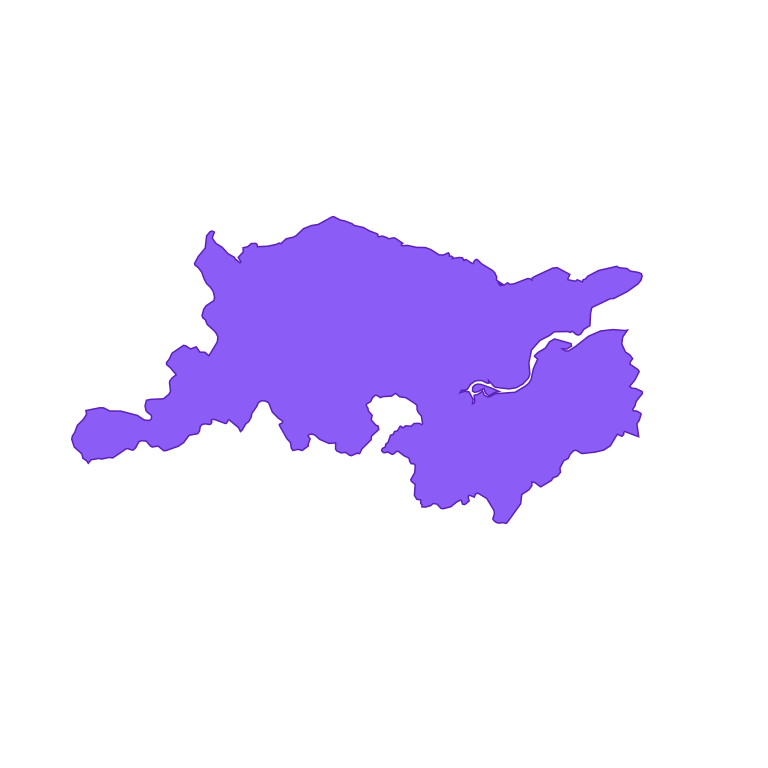 the Province of Jiangsu, rotated 309°
{"feature_id": "CHN-1818", "entity_name": "Jiangsu", "entity_type": "Province", "adm_level": 1, "iso_a3": "CHN", "parent_name": "China", "parent_adm1": "", "projection": "mercator", "projection_center": [119.061, 32.938], "detail": "fine", "context": "isolated", "style": "filled", "palette": "violet", "viewbox_px": 768, "rotation_deg": 309, "n_neighbors": 0, "source": "natural_earth", "source_scale": "10m", "svg_char_len": 6172}
<svg xmlns="http://www.w3.org/2000/svg" viewBox="0 0 768 768"><g transform="rotate(309 384 384)"><path d="M395.3,156.6L389.3,158.6L387.5,164.9L388.4,172.3L387.1,180.5L388.3,188.3L387.1,190.3L387.7,191.0L387.4,195.5L388.4,196.2L389.0,195.5L390.7,191.0L398.1,191.5L401.2,188.7L404.9,191.7L409.7,192.5L412.6,195.9L412.5,197.7L411.0,199.2L417.7,206.7L424.6,212.4L427.5,213.7L428.1,215.5L435.3,216.6L441.2,221.2L444.0,222.4L454.1,223.7L461.5,227.9L466.5,232.4L480.9,238.3L482.4,239.5L483.9,246.8L486.1,251.1L488.5,258.5L488.5,261.2L492.6,269.3L493.8,276.3L496.4,284.2L496.3,285.2L495.0,286.2L495.1,287.2L498.0,289.7L499.7,294.5L499.6,296.1L503.9,299.7L504.5,301.6L505.1,310.0L503.7,309.4L502.6,310.7L506.4,314.9L510.6,323.2L516.1,330.3L518.0,336.1L519.0,345.5L521.5,348.9L526.4,351.4L526.2,352.9L524.6,354.3L525.9,356.3L525.8,357.9L524.6,358.3L529.5,362.6L531.5,365.5L530.2,368.6L532.0,368.9L532.5,370.3L533.2,376.9L533.9,377.4L536.9,376.7L538.9,377.3L539.4,378.7L538.8,384.1L540.5,396.7L540.2,400.0L538.0,404.3L535.5,406.0L536.2,413.1L534.7,411.6L535.0,410.1L534.4,409.4L533.6,412.2L536.5,415.1L540.4,416.3L540.8,419.4L543.7,422.0L556.4,429.3L557.5,430.9L557.7,433.4L559.4,432.4L562.7,433.6L580.3,442.2L583.4,445.3L586.1,459.5L581.4,460.7L580.9,461.5L584.3,468.1L586.6,468.6L588.2,473.9L590.4,473.1L592.2,474.5L596.0,474.5L607.2,479.3L622.0,490.9L622.3,493.5L626.7,500.2L626.7,504.2L630.9,511.7L631.7,514.6L630.3,516.7L626.5,518.4L621.6,518.4L609.0,514.9L594.9,508.7L592.8,506.2L574.2,497.4L569.0,500.0L559.0,507.3L552.3,504.9L546.7,505.4L544.3,504.3L543.4,502.2L543.5,497.2L541.5,496.5L540.3,493.7L531.8,483.5L525.8,482.1L516.1,477.8L503.3,477.2L491.7,483.2L483.3,491.3L479.4,492.5L471.2,491.9L464.2,489.0L458.8,484.2L451.7,472.9L451.3,471.3L452.5,463.0L450.6,465.0L449.5,463.4L448.3,458.0L445.4,454.4L443.3,452.8L437.9,451.4L432.0,452.2L427.5,448.1L425.0,448.5L429.2,451.4L431.4,455.1L428.2,462.8L424.3,465.2L426.3,466.0L427.8,465.3L431.9,461.1L435.4,463.7L440.6,465.0L438.4,468.8L439.2,472.6L440.3,473.9L446.6,476.7L460.1,491.1L471.2,495.1L475.4,496.0L480.0,495.5L489.9,490.5L500.1,487.7L500.1,483.6L501.4,483.3L505.7,483.9L513.4,486.8L521.0,486.1L526.4,488.2L533.1,503.9L531.5,505.9L526.5,504.3L523.5,500.5L523.8,503.6L524.7,505.5L526.2,506.7L533.7,509.2L549.9,512.9L561.6,519.0L570.5,527.8L577.3,537.8L579.1,539.3L570.9,539.9L564.8,543.5L560.8,551.5L561.3,556.7L560.2,561.3L556.4,561.5L554.2,562.7L555.0,572.2L554.3,574.5L545.0,576.5L536.7,576.4L536.8,579.3L538.8,582.3L540.6,589.3L539.3,590.8L529.2,590.9L525.1,592.7L520.7,593.3L520.1,594.7L522.0,597.3L522.8,601.9L522.4,602.8L516.1,605.3L512.3,605.5L503.3,615.1L498.5,600.8L497.3,600.8L495.5,602.1L493.1,601.8L491.8,596.9L478.5,598.8L471.0,596.4L464.1,591.1L454.4,581.5L453.4,574.9L451.4,573.3L446.5,572.9L442.0,574.0L437.5,572.0L429.4,573.6L426.5,576.7L421.6,576.7L417.3,574.4L414.3,574.8L402.6,570.5L402.3,563.0L401.0,560.6L398.0,562.9L393.0,563.2L384.8,560.6L376.9,565.6L353.9,566.9L352.4,566.5L351.1,563.6L348.5,561.3L347.1,558.6L346.9,555.7L347.6,553.5L352.7,551.4L354.9,549.1L359.7,536.0L358.3,525.7L356.4,524.4L352.8,525.3L351.5,520.8L350.4,520.1L349.0,520.7L346.7,523.8L341.2,522.7L340.0,520.7L342.1,517.3L341.7,516.4L337.9,514.7L330.7,513.2L324.3,508.5L323.2,506.5L324.0,500.8L322.1,497.4L318.8,496.8L314.5,493.7L312.3,490.9L313.8,489.7L314.4,487.5L317.0,485.6L315.0,482.0L316.6,477.7L325.6,471.4L325.6,466.6L326.4,465.1L334.5,463.6L340.4,459.6L340.7,457.1L339.1,455.4L340.1,452.6L342.1,450.1L340.8,444.6L340.6,437.5L339.6,436.2L335.7,435.5L334.4,434.6L333.6,429.9L330.6,427.4L330.3,425.3L330.9,423.9L332.8,423.3L335.9,424.6L338.4,423.2L341.2,423.9L348.1,421.3L350.9,422.9L353.7,422.0L356.0,423.9L361.1,423.1L361.8,423.7L361.9,426.4L365.0,427.0L368.3,431.7L372.2,432.2L375.6,436.1L376.2,438.9L377.5,438.9L382.7,433.1L383.4,428.8L384.8,425.9L388.1,423.2L388.3,420.1L387.1,409.5L384.0,404.4L384.0,398.8L379.4,397.5L373.5,391.1L371.1,389.7L370.8,386.1L369.7,384.2L365.9,383.7L361.9,384.7L357.6,383.1L356.1,383.8L355.1,386.7L353.3,388.6L352.2,394.5L348.0,396.7L346.9,403.4L347.6,405.9L345.3,408.6L335.6,407.1L332.5,409.1L319.5,407.7L315.1,408.8L313.8,408.2L313.4,406.7L307.8,403.8L306.9,401.8L306.7,397.3L303.4,393.9L302.3,389.6L302.9,387.3L307.8,383.5L303.2,378.7L300.5,368.9L300.8,362.6L299.7,359.5L297.6,357.7L295.9,357.5L294.9,361.1L289.5,363.0L288.3,364.2L280.8,362.3L279.2,358.4L275.0,355.1L275.8,352.3L279.6,348.2L280.4,342.9L285.8,329.3L286.7,328.0L289.8,329.4L291.4,328.5L290.9,323.5L291.9,314.9L296.8,306.2L296.2,302.6L293.9,299.4L290.4,298.1L286.6,299.2L278.0,299.8L274.4,301.7L269.6,302.5L266.0,301.7L259.0,302.8L256.7,302.4L258.5,298.5L258.7,286.5L257.9,285.6L254.6,286.3L253.5,285.7L249.9,275.0L248.5,273.0L247.1,272.4L246.1,274.2L243.8,274.6L242.4,273.5L240.7,270.3L238.1,268.1L235.4,267.9L231.2,270.3L228.2,270.5L221.5,264.8L212.3,265.2L206.1,263.3L194.9,256.4L193.5,254.8L193.6,247.5L189.1,243.5L188.8,241.1L190.0,235.3L187.4,231.2L184.9,229.9L178.3,231.1L175.3,230.9L174.2,230.0L172.5,225.6L171.3,224.4L156.0,219.8L153.6,216.3L148.1,212.0L146.7,209.3L140.9,204.1L136.3,204.1L137.2,200.9L136.8,196.6L139.3,193.6L139.7,191.2L140.1,182.9L144.6,176.0L147.7,174.5L151.5,174.2L159.0,171.7L167.3,172.6L172.0,172.1L174.0,171.3L175.7,169.0L186.6,178.0L189.0,181.1L190.4,187.8L197.3,196.5L204.4,212.2L205.2,220.6L208.1,224.6L210.1,225.2L212.3,224.0L213.2,222.6L213.1,217.3L213.7,215.5L216.7,212.0L221.9,209.6L225.2,212.3L233.7,221.9L240.6,223.3L244.1,222.6L250.1,216.4L251.7,215.6L255.5,215.5L260.4,216.7L262.1,208.1L262.3,202.8L263.8,201.5L267.9,201.5L274.7,199.9L287.9,203.9L288.9,205.9L289.5,211.5L294.7,214.7L292.9,220.9L296.0,224.9L295.8,230.1L311.7,228.0L316.0,225.3L317.6,222.3L318.5,218.8L319.0,209.2L321.5,204.6L321.4,201.6L322.5,199.6L328.5,196.9L332.9,196.5L341.8,199.3L344.7,197.8L347.6,194.2L348.8,192.2L350.0,187.6L350.4,183.0L352.3,178.4L356.2,172.0L357.5,166.7L357.5,162.1L358.4,160.9L366.2,159.4L377.1,159.5L387.5,152.9L392.9,153.0L394.7,154.1L395.3,156.6ZM448.3,469.6L450.7,478.2L446.9,475.2L440.9,473.1L440.8,468.5L443.4,464.4L437.2,461.9L434.5,459.6L434.2,457.2L437.3,455.0L440.3,455.2L442.9,456.9L444.6,459.3L448.3,469.6Z" fill="#8b5cf6" stroke="#5b21b6" stroke-width="1.5"/></g></svg>